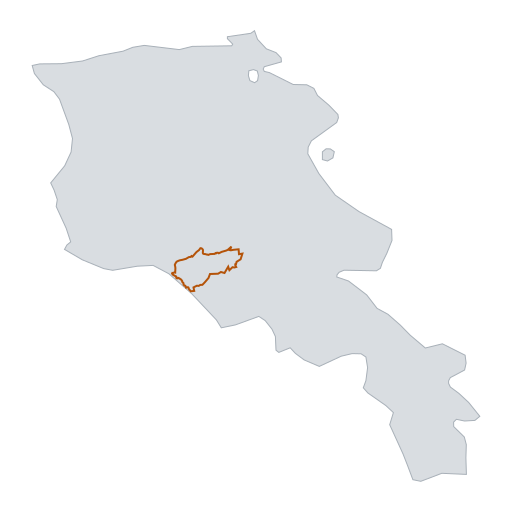 location of Artashat, Ararat, Armenia
{"feature_id": "60910142B11661683743390", "entity_name": "Artashat", "entity_type": "district", "adm_level": 2, "iso_a3": "ARM", "parent_name": "Armenia", "parent_adm1": "Ararat", "projection": "mercator", "projection_center": [44.574, 40.021], "detail": "fine", "context": "in_parent", "style": "outline", "palette": "amber", "viewbox_px": 512, "rotation_deg": 0, "n_neighbors": 0, "source": "geoboundaries", "source_scale": "gbopen_adm2", "svg_char_len": 3727}
<svg xmlns="http://www.w3.org/2000/svg" viewBox="0 0 512 512"><path d="M221.3,327.8L216.4,319.9L191.7,293.7L168.8,273.7L153.1,265.4L137.3,266.2L112.7,270.3L103.7,268.6L82.3,259.8L64.5,249.4L66.9,245.0L70.7,241.9L66.2,228.3L56.2,206.5L57.3,199.6L54.1,190.1L50.7,182.9L64.7,165.8L71.1,152.0L72.5,138.5L68.8,124.5L59.5,99.1L53.9,91.7L43.3,84.8L34.4,73.5L32.2,65.5L39.7,63.9L61.4,63.7L82.5,61.0L99.0,55.7L123.0,51.2L132.8,47.3L144.3,45.4L179.3,49.6L192.3,46.4L231.7,45.8L232.7,44.1L227.4,38.7L227.4,36.7L250.8,33.3L254.5,30.7L257.5,39.3L266.3,48.8L276.0,52.6L281.1,57.9L281.4,61.9L264.3,66.7L263.2,69.1L264.3,71.4L269.4,72.6L293.2,84.5L306.8,84.8L313.9,88.4L317.5,95.5L328.9,105.2L337.9,114.5L338.4,117.8L336.7,122.5L311.4,140.8L308.2,147.1L307.8,153.8L318.9,173.6L335.3,195.2L359.0,211.6L391.6,229.4L392.0,240.4L386.8,253.4L382.4,262.3L380.4,268.3L376.4,270.8L344.0,270.2L339.1,272.3L337.0,274.9L336.8,277.0L348.5,281.0L366.7,294.9L377.1,308.4L388.0,314.3L400.3,325.1L410.1,335.1L425.3,348.0L442.4,343.8L465.1,355.2L466.1,363.1L464.6,370.0L450.3,377.6L448.6,380.8L448.6,383.4L450.4,387.1L458.8,393.3L468.7,402.5L479.8,416.3L474.9,420.4L464.5,421.0L456.4,419.3L453.6,422.1L453.7,426.6L464.3,437.0L466.3,444.6L465.9,457.8L466.4,474.4L441.8,473.3L420.8,481.3L412.9,479.7L407.6,465.6L403.1,454.1L389.7,424.7L393.4,412.6L385.9,405.6L367.9,393.0L363.3,387.8L365.9,380.7L367.6,367.6L365.9,357.0L361.1,353.8L352.1,353.6L341.2,356.2L319.3,366.4L304.1,359.9L295.3,353.3L290.2,347.8L278.8,352.4L276.0,350.2L275.4,336.5L272.0,329.2L265.2,320.6L258.8,316.4L235.4,324.9L221.3,327.8ZM257.6,80.6L258.4,75.5L257.3,71.0L253.5,69.6L248.8,70.8L248.4,75.8L249.9,80.6L254.6,82.7L257.6,80.6ZM332.9,157.9L327.5,161.0L322.4,159.6L322.4,151.8L326.1,148.8L330.3,148.9L334.3,151.7L332.9,157.9Z" fill="#d9dde1" stroke="#a8b0b8" stroke-width="1"/><path d="M200.4,248.2L199.0,250.1L196.5,252.0L192.5,256.6L191.5,256.0L190.8,256.9L188.9,257.1L185.8,258.9L184.9,259.1L182.5,259.8L179.8,260.3L178.2,260.9L176.6,261.7L175.4,263.5L174.8,264.9L175.2,266.5L175.4,268.0L175.2,272.6L174.3,272.4L172.9,273.1L171.6,272.7L171.8,272.9L171.9,273.1L172.0,273.3L172.1,273.6L172.2,273.8L172.4,274.0L172.6,274.3L172.7,274.5L172.9,274.7L173.2,274.8L173.4,274.9L173.6,275.1L174.0,275.3L174.4,275.6L174.8,275.8L176.1,276.4L176.2,276.5L176.3,276.8L176.3,277.2L176.2,277.5L176.3,277.9L176.5,278.1L176.8,278.3L177.2,278.3L177.6,278.3L177.8,278.1L178.0,277.9L178.4,277.9L178.7,278.0L179.1,278.3L179.3,278.5L179.7,278.6L179.9,278.8L180.0,278.9L180.3,279.0L180.8,279.3L181.1,279.6L181.4,279.9L181.7,280.3L181.8,280.6L182.1,280.9L182.2,281.1L182.2,281.4L182.3,281.8L182.4,282.1L182.5,282.3L182.9,282.6L183.2,282.8L183.5,283.2L183.5,283.6L183.5,284.0L183.5,284.3L183.6,284.7L183.7,284.8L184.0,285.0L184.2,285.3L184.4,285.6L184.8,285.7L185.2,285.7L185.4,285.9L185.7,286.4L185.9,286.9L186.1,287.4L186.1,287.6L186.4,287.6L186.7,287.5L187.0,287.4L187.3,287.3L187.8,287.2L188.3,287.4L188.5,287.7L188.5,287.8L188.7,288.3L188.8,288.7L189.0,289.1L189.2,289.6L189.5,289.8L189.8,290.1L190.1,290.3L190.7,291.3L194.2,290.9L193.5,287.4L196.9,285.7L198.7,285.9L200.3,284.9L202.4,284.8L204.8,282.3L208.5,278.0L210.0,274.0L218.1,273.7L220.9,272.0L224.5,273.0L228.2,266.7L229.0,269.2L229.4,270.2L232.5,267.2L234.3,267.5L236.2,267.0L235.2,265.0L235.4,264.1L236.0,264.1L236.6,261.8L240.6,259.3L242.4,253.6L239.0,254.2L238.6,249.3L233.5,249.8L230.8,250.3L229.8,250.1L231.4,246.6L228.4,249.3L227.7,249.9L226.1,250.6L221.6,251.9L218.8,253.3L218.1,252.8L217.0,252.7L216.0,253.4L215.5,253.1L214.6,253.9L210.2,254.1L208.3,254.9L207.6,254.6L206.5,254.5L205.4,254.1L204.0,254.0L203.1,253.6L202.8,252.9L203.0,250.1L202.7,249.4L201.8,248.5L201.0,248.2L200.4,248.2Z" fill="none" stroke="#b45309" stroke-width="2"/></svg>